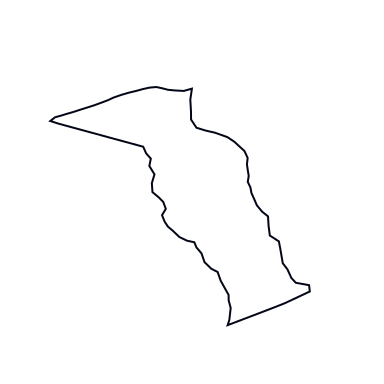 outline of Barra de São Miguel, Alagoas, Brazil, rotated 220°
{"feature_id": "56859067B85580806307237", "entity_name": "Barra de São Miguel", "entity_type": "district", "adm_level": 2, "iso_a3": "BRA", "parent_name": "Brazil", "parent_adm1": "Alagoas", "projection": "orthographic", "projection_center": [-35.941, -9.81], "detail": "fine", "context": "isolated", "style": "outline", "palette": "ink", "viewbox_px": 384, "rotation_deg": 220, "n_neighbors": 0, "source": "geoboundaries", "source_scale": "gbopen_adm2", "svg_char_len": 1182}
<svg xmlns="http://www.w3.org/2000/svg" viewBox="0 0 384 384"><g transform="rotate(220 192 192)"><path d="M346.2,155.3L338.3,158.5L258.5,195.3L251.9,192.1L245.0,191.1L241.4,184.5L232.1,181.4L228.4,172.9L222.2,166.5L213.9,166.5L207.6,165.9L201.2,162.2L200.1,155.0L193.9,151.7L188.2,150.0L182.2,150.0L172.7,149.4L164.5,151.5L157.9,155.0L153.0,152.4L145.3,151.1L137.3,146.3L127.8,145.6L121.0,147.2L113.0,142.5L105.5,139.6L97.8,136.7L94.3,132.6L87.8,128.0L81.1,117.9L79.1,112.9L56.3,153.8L49.5,166.3L37.8,191.5L42.4,195.9L48.0,192.7L54.1,189.2L60.6,190.0L69.2,194.1L76.7,195.8L87.8,205.2L93.7,210.0L104.4,208.7L111.6,215.3L118.1,222.2L125.6,222.0L133.8,223.5L139.3,226.3L145.9,229.5L150.1,233.0L155.8,235.6L158.9,240.8L163.0,244.3L167.6,248.4L171.3,253.9L178.2,257.1L191.9,257.7L200.1,256.8L212.5,252.2L221.1,247.8L229.9,244.1L239.3,246.9L244.5,253.0L252.7,261.7L258.5,271.1L263.3,264.1L270.8,258.5L276.2,254.8L281.3,252.4L286.8,249.5L291.7,244.6L295.9,239.1L299.7,233.6L304.0,227.8L308.5,221.1L312.8,213.9L315.4,208.3L318.6,202.6L322.5,195.8L325.9,190.4L330.3,183.5L334.5,176.8L338.6,170.7L341.7,165.9L344.9,161.3L346.2,155.3Z" fill="none" stroke="#020617" stroke-width="2"/></g></svg>